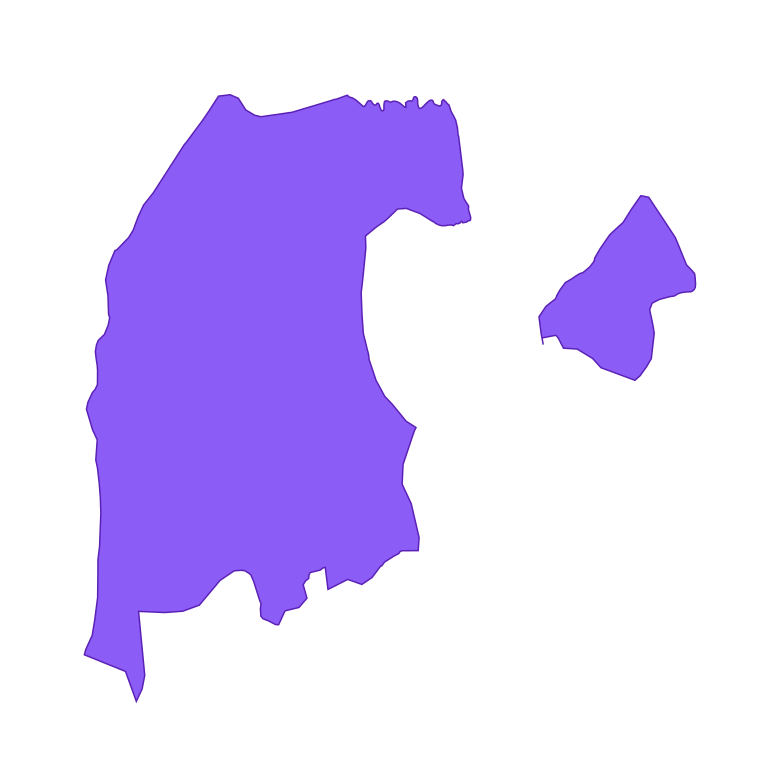 outline of Mudhaykhirah, Ibb, Yemen, rotated 176°
{"feature_id": "15242507B26133929095382", "entity_name": "Mudhaykhirah", "entity_type": "district", "adm_level": 2, "iso_a3": "YEM", "parent_name": "Yemen", "parent_adm1": "Ibb", "projection": "natural_earth1", "projection_center": [43.933, 13.859], "detail": "fine", "context": "isolated", "style": "filled", "palette": "violet", "viewbox_px": 768, "rotation_deg": 176, "n_neighbors": 0, "source": "geoboundaries", "source_scale": "gbopen_adm2", "svg_char_len": 4863}
<svg xmlns="http://www.w3.org/2000/svg" viewBox="0 0 768 768"><g transform="rotate(176 384 384)"><path d="M355.1,338.3L364.6,345.4L368.0,350.3L377.4,363.5L384.2,371.7L387.8,379.8L389.3,383.0L391.6,387.9L395.0,401.1L395.9,404.6L397.2,409.5L397.2,410.9L397.4,415.1L397.9,417.7L398.3,419.6L399.4,426.3L400.9,434.6L401.0,435.3L401.0,435.7L401.1,437.3L401.1,450.1L401.1,454.5L400.7,467.7L400.4,475.7L400.4,476.8L399.9,479.2L398.3,487.7L394.9,507.4L392.6,521.1L392.2,532.9L380.5,541.3L372.5,546.0L368.2,549.3L358.3,557.6L349.5,557.6L342.0,554.2L336.2,551.6L323.9,542.6L323.2,542.5L321.3,540.6L317.9,538.7L314.9,537.8L311.3,537.7L309.1,538.0L307.0,538.0L305.0,537.8L303.7,537.1L300.8,539.0L299.6,538.7L298.7,538.7L298.2,539.0L297.4,539.1L296.9,539.3L296.4,540.1L295.5,540.9L294.8,540.5L294.3,539.4L293.2,539.4L291.6,539.6L289.9,540.0L288.7,540.9L287.1,541.0L286.3,541.5L285.9,544.1L286.5,547.2L287.2,550.0L287.6,552.6L287.2,554.7L287.3,556.0L289.6,560.0L291.4,563.6L293.1,574.0L290.5,587.2L290.5,591.9L292.3,626.2L292.7,626.9L292.7,628.6L292.9,634.7L294.1,642.2L295.6,645.9L297.9,650.8L299.7,657.8L301.3,659.3L302.3,660.9L304.9,663.6L305.7,663.1L306.8,661.4L306.9,659.6L307.5,658.3L308.4,657.6L309.5,657.5L311.7,658.5L312.6,658.9L313.4,659.3L314.2,659.8L314.7,660.6L315.2,661.7L315.4,663.0L316.1,663.7L317.0,663.9L318.0,663.8L319.1,663.4L320.3,662.6L321.6,661.5L322.8,660.6L324.1,659.3L325.7,657.9L327.3,656.8L328.5,656.4L329.4,656.4L329.8,657.0L330.2,657.8L330.5,658.9L330.7,660.6L330.8,662.1L330.7,663.8L330.7,665.4L331.0,666.5L331.3,667.5L332.5,668.4L333.2,668.4L334.0,668.2L334.6,667.3L335.0,665.9L335.7,664.9L336.4,664.4L337.3,664.4L338.2,664.7L339.2,664.7L340.5,664.4L341.4,664.0L342.0,663.5L342.8,663.0L342.8,658.5L343.4,658.4L344.1,659.0L345.1,659.6L345.8,660.5L347.0,661.6L348.5,663.1L350.4,664.2L352.4,665.1L354.0,665.4L355.4,665.4L356.3,665.1L357.1,664.8L357.9,664.6L358.7,664.9L359.5,665.6L360.8,666.1L361.9,666.3L362.8,666.3L363.7,665.8L364.2,664.3L364.6,662.3L364.8,659.5L364.9,658.0L365.7,656.7L366.8,656.7L367.5,657.0L368.1,658.4L368.6,659.8L369.0,661.4L369.5,663.4L370.1,664.4L370.9,664.5L371.6,664.2L372.3,663.2L373.4,662.8L374.1,663.0L374.8,663.6L375.6,664.4L376.4,665.8L377.0,667.1L377.9,667.6L379.2,667.6L380.4,667.2L381.0,666.5L381.8,665.4L383.0,663.5L384.4,662.2L385.4,662.4L391.9,669.0L395.7,671.7L398.5,672.6L400.5,674.6L402.8,674.0L411.8,671.4L413.2,671.4L418.1,670.2L435.3,666.3L456.7,661.5L486.5,659.3L488.2,659.2L494.4,661.2L502.7,667.0L509.4,679.2L517.3,683.3L529.0,682.7L539.7,668.4L546.4,659.9L564.6,638.6L566.4,636.9L600.9,590.7L611.3,579.3L617.5,568.2L623.5,554.9L628.6,547.8L637.8,539.5L641.4,536.3L643.1,535.9L650.3,521.5L654.5,507.2L653.2,491.3L653.9,472.6L653.0,469.2L655.1,461.8L659.4,453.0L666.0,447.4L668.1,443.1L669.7,436.4L669.3,428.4L668.8,422.8L668.8,417.4L669.9,403.5L672.5,398.8L675.4,395.9L680.6,386.5L682.6,379.7L680.5,370.3L677.9,358.6L674.0,348.4L674.1,347.4L676.8,328.2L675.7,320.3L675.0,304.5L674.9,290.2L675.5,274.5L679.1,241.6L681.6,228.7L682.8,212.3L684.6,190.8L688.9,169.4L692.6,153.6L700.0,140.0L701.8,134.8L701.3,134.5L661.9,115.3L653.2,84.7L646.6,96.6L643.0,110.0L644.7,174.3L618.6,171.3L600.5,171.4L583.6,176.3L576.8,183.4L573.0,187.3L568.0,192.5L561.3,199.5L546.5,208.1L538.0,208.1L537.7,207.6L536.2,207.7L532.1,204.7L530.2,203.0L527.8,196.3L523.0,176.3L522.0,173.6L523.0,168.1L523.0,160.8L521.1,158.3L516.0,155.9L509.0,151.6L505.9,151.2L498.6,164.6L484.4,167.0L475.8,175.7L478.6,189.3L476.0,193.1L472.7,195.2L472.1,199.0L470.7,201.1L460.6,202.8L457.8,204.7L455.4,205.2L454.2,183.0L444.9,186.9L433.9,191.6L432.0,190.8L420.1,185.6L409.5,191.7L401.8,200.6L399.9,202.7L399.0,202.7L395.9,206.3L386.4,211.5L381.1,213.8L379.6,215.8L377.7,216.4L361.5,215.4L359.7,228.4L362.9,248.4L365.2,262.8L372.9,282.7L370.6,302.4L360.0,328.0L356.9,335.3L355.1,338.3ZM133.4,370.2L128.2,374.2L127.8,374.6L120.8,383.0L115.6,390.6L111.1,414.6L111.1,416.1L110.9,416.1L111.7,424.5L113.8,439.6L110.9,445.9L103.6,449.1L93.4,451.1L88.1,451.6L84.4,453.5L81.0,454.4L76.9,454.7L73.9,454.7L72.0,454.6L70.2,455.0L68.0,456.5L66.8,458.6L66.3,461.3L66.2,464.2L66.2,467.8L66.3,470.9L66.6,472.9L67.8,473.8L67.8,474.4L74.0,481.9L80.5,501.8L83.2,509.8L87.8,518.0L91.3,524.2L93.2,527.6L104.0,546.6L104.7,547.9L104.9,548.3L106.9,551.8L112.5,553.4L114.7,553.9L124.9,541.2L129.3,535.2L134.2,528.5L145.0,519.9L148.3,517.2L153.0,511.4L153.4,510.8L155.2,508.6L155.6,508.1L158.8,504.1L159.9,502.5L160.5,501.5L161.1,500.8L164.9,495.1L165.9,491.7L170.6,486.4L177.7,481.3L181.2,480.4L185.5,478.1L189.6,475.7L196.0,472.5L202.1,465.3L205.3,460.4L206.9,457.0L211.9,453.7L212.6,453.2L216.8,450.3L217.5,449.5L224.7,440.3L224.4,435.0L224.3,433.4L223.7,423.1L223.1,418.3L222.4,412.2L223.2,418.9L210.1,420.5L208.8,420.3L206.8,417.4L204.3,411.4L202.4,407.2L188.9,405.4L174.2,395.0L166.4,385.1L133.4,370.2Z" fill="#8b5cf6" stroke="#5b21b6" stroke-width="1.5"/></g></svg>